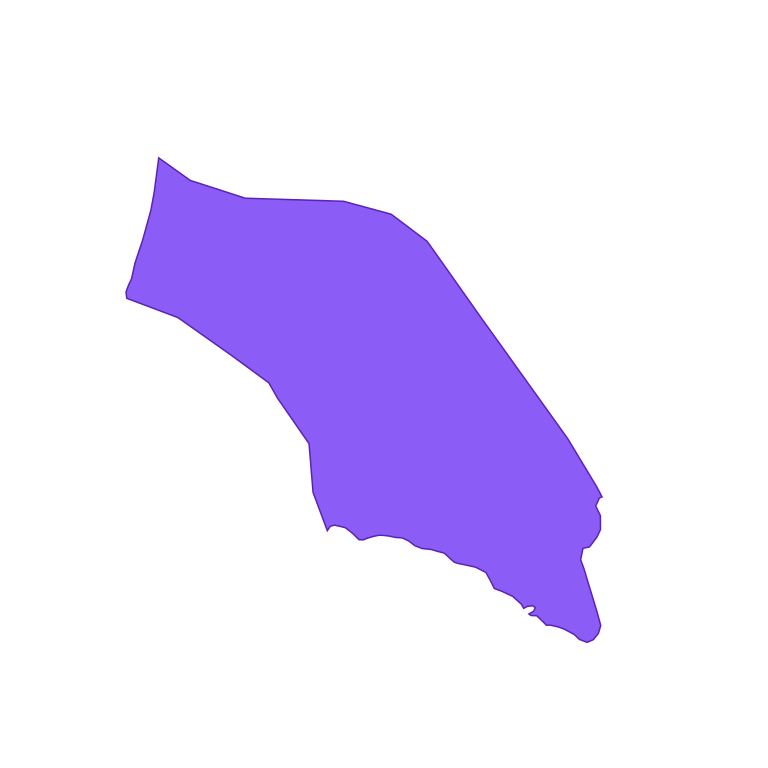 Foro Baranga, Western Darfur, Sudan, rotated 295°
{"feature_id": "16777658B32386260809283", "entity_name": "Foro Baranga", "entity_type": "district", "adm_level": 2, "iso_a3": "SDN", "parent_name": "Sudan", "parent_adm1": "Western Darfur", "projection": "robinson", "projection_center": [22.544, 12.241], "detail": "fine", "context": "isolated", "style": "filled", "palette": "violet", "viewbox_px": 768, "rotation_deg": 295, "n_neighbors": 0, "source": "geoboundaries", "source_scale": "gbopen_adm2", "svg_char_len": 1595}
<svg xmlns="http://www.w3.org/2000/svg" viewBox="0 0 768 768"><g transform="rotate(295 384 384)"><path d="M493.7,84.3L461.0,94.6L443.4,99.2L412.7,104.4L388.5,107.2L372.9,110.7L365.3,110.7L358.4,111.3L352.9,114.7L357.1,169.1L345.5,233.4L336.4,279.1L326.1,293.6L298.2,341.3L255.8,365.5L229.7,392.0L227.6,394.1L227.1,394.6L228.3,394.8L232.3,395.4L235.1,398.7L236.3,403.8L237.4,409.7L236.3,414.9L235.1,419.4L232.3,427.2L234.0,431.1L237.4,434.3L241.4,438.8L244.8,443.4L246.5,447.3L248.2,452.4L249.9,459.6L252.2,465.4L252.2,472.5L250.5,480.3L251.0,488.1L253.9,496.5L255.0,503.6L256.2,510.1L253.3,519.2L252.2,523.1L252.7,527.0L254.4,534.1L256.7,544.5L256.2,556.1L250.5,563.9L245.3,570.4L245.9,578.2L245.9,590.5L242.5,601.5L239.7,605.4L243.1,608.0L245.9,612.5L245.3,615.7L241.4,615.7L236.8,612.5L236.7,612.8L236.2,612.5L236.7,612.9L236.3,615.1L238.5,620.3L236.8,625.5L234.0,633.2L235.7,636.5L237.4,644.2L238.0,650.7L237.4,662.4L235.1,668.9L235.7,677.3L240.8,681.8L248.5,683.7L256.7,682.5L267.5,673.4L286.2,656.6L301.0,643.4L303.5,640.9L307.8,636.5L313.7,635.1L314.1,635.0L318.7,633.9L319.2,633.9L323.2,639.1L335.2,641.7L337.3,641.7L343.6,641.7L345.5,640.8L356.1,635.8L363.0,627.4L370.9,627.4L371.6,627.4L373.6,629.1L373.8,629.3L376.5,625.8L376.9,625.3L377.9,624.0L378.3,623.4L379.2,622.3L379.4,621.9L380.1,621.1L381.3,619.4L384.1,615.3L384.2,615.1L393.7,601.0L395.5,598.3L406.4,582.1L412.4,573.1L452.1,502.6L463.1,483.1L484.4,445.2L513.0,395.3L531.5,362.9L540.9,318.8L532.5,270.1L493.7,179.6L491.6,162.3L489.2,143.0L486.6,122.5L493.7,84.3Z" fill="#8b5cf6" stroke="#5b21b6" stroke-width="1.5"/></g></svg>